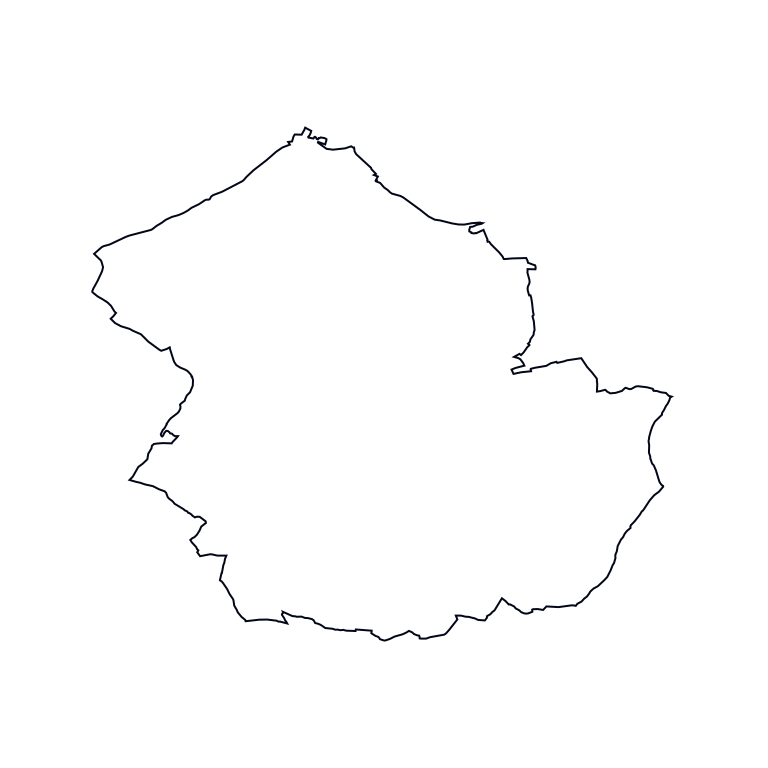 the district of Palatca, Cluj, Romania, rotated 163°
{"feature_id": "2599482B3358887254136", "entity_name": "Palatca", "entity_type": "district", "adm_level": 2, "iso_a3": "ROU", "parent_name": "Romania", "parent_adm1": "Cluj", "projection": "natural_earth1", "projection_center": [23.989, 46.864], "detail": "fine", "context": "isolated", "style": "outline", "palette": "ink", "viewbox_px": 768, "rotation_deg": 163, "n_neighbors": 0, "source": "geoboundaries", "source_scale": "gbopen_adm2", "svg_char_len": 6166}
<svg xmlns="http://www.w3.org/2000/svg" viewBox="0 0 768 768"><g transform="rotate(163 384 384)"><path d="M597.0,493.4L588.7,482.3L587.3,480.9L581.6,481.0L578.2,481.7L578.4,479.2L578.3,467.9L578.1,466.1L577.1,462.8L574.1,459.3L570.2,456.1L568.1,453.9L566.3,450.2L565.5,447.6L565.4,447.1L565.8,447.1L565.4,444.9L565.6,443.3L567.3,438.4L571.9,432.8L575.9,430.7L578.3,428.0L579.4,426.3L583.5,424.8L585.1,423.9L585.3,421.7L585.9,420.1L588.1,417.7L590.0,416.5L597.6,413.7L600.0,412.3L603.5,409.5L603.4,409.2L606.6,406.0L608.9,404.7L612.1,401.3L612.2,400.1L611.8,398.9L611.3,398.7L610.5,399.1L608.5,401.3L606.2,402.8L605.5,402.8L604.3,402.1L603.3,400.6L602.9,399.3L601.3,398.5L600.3,396.5L599.0,395.2L596.3,394.4L597.3,393.6L603.0,390.4L604.4,389.3L612.6,392.1L618.3,393.4L621.6,393.9L624.0,392.8L625.2,390.4L629.8,386.3L632.3,381.2L638.1,378.3L643.2,376.5L651.3,368.9L655.4,366.6L649.2,362.6L646.1,360.9L642.0,357.9L634.9,353.9L629.8,349.0L625.1,345.5L624.2,343.7L623.9,339.1L623.0,337.1L620.6,333.9L619.2,330.6L612.2,322.8L611.6,321.6L609.3,319.5L609.0,318.2L607.8,317.4L606.4,315.6L605.6,313.9L603.8,311.7L601.7,311.8L599.1,310.9L594.7,304.8L594.9,303.2L600.4,301.1L603.3,297.7L606.9,294.6L610.2,292.9L612.1,292.7L614.8,291.5L614.1,288.8L611.3,283.0L611.0,280.6L610.2,279.2L611.8,277.7L610.2,273.1L600.0,272.0L598.0,271.2L593.7,268.7L584.9,266.0L587.2,263.2L589.0,259.7L590.5,257.9L594.3,250.6L594.7,250.6L598.3,244.3L596.8,242.4L596.1,240.6L594.0,233.9L593.1,228.3L591.3,222.5L591.2,221.3L592.0,215.8L590.8,210.8L590.6,208.4L588.3,202.9L585.7,199.0L585.7,197.6L572.3,195.1L564.6,192.9L555.8,189.0L554.4,187.6L552.9,187.2L546.6,183.3L546.9,184.9L547.7,187.1L547.9,189.2L549.1,193.2L548.5,194.1L547.2,194.7L547.3,195.7L539.4,188.8L536.6,187.7L535.7,187.0L531.0,185.7L527.8,183.3L525.2,182.4L521.6,180.2L520.3,178.5L519.7,175.5L517.4,174.2L515.0,172.2L511.5,167.8L504.6,164.9L502.5,163.3L500.2,162.7L497.7,161.3L494.9,160.8L492.1,159.1L483.4,156.1L482.7,157.5L467.9,151.7L469.0,149.4L465.7,145.5L463.6,144.0L462.9,143.0L462.5,141.2L459.1,138.8L458.1,138.4L455.7,138.4L452.8,138.5L447.8,139.4L439.7,139.2L435.7,139.7L432.3,140.6L429.6,138.2L428.4,136.1L425.7,133.9L424.0,133.1L423.9,132.0L424.3,130.3L423.0,129.7L418.2,128.2L414.0,128.4L399.7,126.7L397.7,127.3L393.6,129.8L382.7,137.4L383.0,141.5L378.1,140.0L374.0,137.6L371.2,136.6L365.7,133.3L363.0,130.9L356.7,128.4L354.0,130.3L353.3,131.9L349.7,132.7L347.0,134.3L344.5,135.2L333.9,144.6L331.2,140.8L329.1,136.6L328.0,136.5L324.6,133.2L323.6,130.8L320.8,128.0L319.5,125.7L317.2,123.8L315.3,122.9L313.4,122.5L308.7,122.8L308.3,124.9L307.0,125.0L302.7,123.8L297.9,121.4L293.7,123.8L282.3,119.6L269.4,117.5L267.6,116.9L265.5,115.8L263.3,117.3L258.7,118.2L255.3,120.2L251.9,121.5L249.2,123.5L247.4,125.2L243.5,127.1L238.6,128.1L230.5,132.1L226.9,134.2L221.9,139.4L218.2,144.0L216.4,145.5L213.7,149.6L212.7,153.0L210.3,155.9L207.9,160.7L202.9,165.9L200.1,167.7L197.7,170.3L194.9,172.3L190.3,174.3L190.0,175.8L189.2,176.8L184.6,179.3L177.7,184.1L174.8,186.7L173.0,187.5L163.8,195.1L158.2,198.6L152.4,200.7L147.0,204.2L147.0,205.0L147.9,206.1L148.7,208.0L149.2,210.2L149.2,221.8L149.8,227.4L150.9,229.5L151.0,234.0L151.2,234.5L150.6,236.9L150.7,240.9L148.3,247.9L147.8,251.6L147.3,252.9L146.4,254.3L146.2,255.3L142.7,260.9L139.8,264.9L136.0,268.8L127.1,273.4L126.8,274.6L125.9,275.6L124.0,277.1L120.9,280.4L118.3,282.4L115.8,285.1L114.4,287.3L112.6,287.8L115.2,289.5L117.0,293.0L121.6,295.1L125.2,297.6L128.1,298.6L128.4,299.4L128.1,300.1L128.5,300.9L133.5,304.0L141.7,307.6L144.0,308.0L148.8,307.0L150.8,307.3L153.9,309.7L155.1,309.5L158.5,307.8L165.1,307.8L170.3,308.9L172.8,311.4L174.0,313.7L174.3,313.8L179.5,314.0L182.6,314.5L180.0,321.8L179.7,323.9L178.9,326.9L181.7,334.2L184.8,341.0L187.8,351.0L202.5,353.2L204.5,353.0L212.0,353.5L212.6,354.1L212.6,354.8L218.3,355.1L223.6,353.9L234.9,355.4L239.2,355.6L239.5,355.2L239.6,353.2L249.2,355.1L257.2,355.8L257.8,360.5L253.6,360.9L244.4,360.5L244.8,363.4L246.4,367.8L248.0,369.5L251.7,371.9L245.6,373.2L244.5,371.6L241.2,373.4L236.4,377.2L233.6,378.6L233.5,379.0L234.5,380.4L232.1,381.7L231.0,383.8L226.6,387.3L225.5,389.8L224.2,391.6L222.4,400.1L222.2,405.4L220.8,406.2L220.6,406.8L220.3,410.0L218.7,418.3L218.0,423.6L218.0,426.0L219.3,426.3L219.2,431.2L218.9,432.9L218.0,435.0L215.9,437.3L214.9,439.0L214.5,441.3L214.3,448.4L213.1,451.9L205.7,449.4L205.2,450.2L204.7,452.2L205.0,453.6L205.7,453.9L210.9,457.9L210.7,459.9L211.2,462.9L224.7,466.6L232.5,468.3L233.0,468.6L233.3,471.1L235.4,476.2L240.8,486.3L241.8,489.3L242.2,489.6L243.3,489.7L243.3,491.2L242.8,491.8L243.8,502.3L251.9,501.2L252.3,501.6L254.0,501.7L256.1,502.7L256.3,502.9L256.1,503.4L257.8,505.0L257.4,506.5L255.7,509.0L253.0,508.5L248.9,509.1L243.8,508.7L242.7,509.0L244.8,509.9L244.9,510.3L253.0,512.1L260.7,513.0L266.4,514.9L271.8,517.6L282.5,524.0L287.4,526.3L292.4,531.2L298.4,539.9L311.0,556.7L313.3,559.0L320.7,563.7L322.1,565.4L323.7,568.4L326.4,571.8L328.9,577.4L332.3,580.1L331.4,580.8L332.2,581.3L329.2,584.2L332.5,586.8L330.3,587.3L333.2,593.1L333.2,594.5L343.4,611.9L344.1,615.0L343.5,618.8L344.2,618.9L345.9,620.9L352.2,620.7L364.3,623.0L370.2,625.7L376.6,634.1L376.2,634.7L375.3,634.1L370.2,630.3L367.6,634.3L367.5,635.2L369.1,636.6L372.5,638.3L373.8,637.9L374.4,638.3L375.7,637.3L376.7,638.0L376.9,639.5L377.8,640.6L378.4,640.5L379.7,639.4L384.1,641.7L384.3,642.4L382.6,643.5L380.9,645.3L379.6,647.3L384.4,652.2L385.9,650.3L389.9,646.5L396.4,648.7L398.2,647.1L401.0,642.8L404.9,643.5L404.0,640.4L411.9,639.9L419.0,637.7L430.9,632.4L446.4,626.5L455.1,622.2L458.7,619.9L460.5,619.3L482.6,615.2L492.1,614.6L494.5,613.8L496.4,611.9L497.4,611.5L500.0,612.2L501.5,612.1L508.6,610.0L516.5,608.8L520.7,607.3L525.5,606.2L531.3,605.6L538.0,605.8L544.8,604.8L549.3,603.2L555.6,601.6L560.2,599.8L562.0,599.5L584.0,600.4L587.8,600.2L605.7,597.6L611.9,597.8L614.2,597.3L623.2,593.2L618.7,585.1L618.4,583.9L618.5,577.9L620.6,574.3L627.8,566.3L634.3,560.0L635.8,558.1L636.0,557.0L632.2,551.4L628.6,547.6L624.6,542.9L622.2,538.5L620.5,532.0L619.5,530.3L623.1,527.9L626.3,526.3L623.3,520.8L618.6,516.1L611.2,511.1L608.4,508.2L601.9,502.6L597.0,493.4Z" fill="none" stroke="#020617" stroke-width="2"/></g></svg>